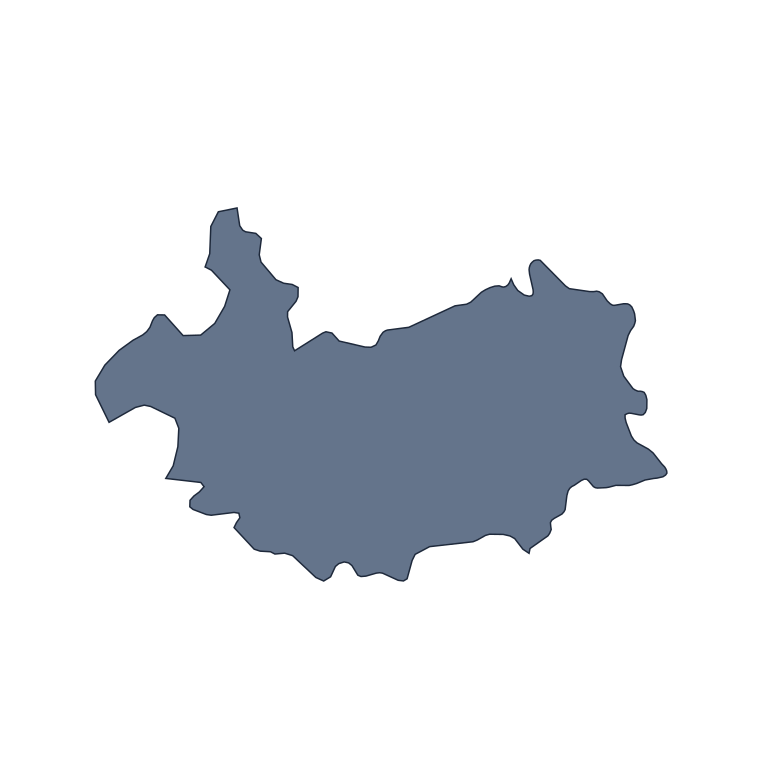 the border of Firenze, rotated 55°
{"feature_id": "ITA-5386", "entity_name": "Firenze", "entity_type": "Province", "adm_level": 1, "iso_a3": "ITA", "parent_name": "Italy", "parent_adm1": "", "projection": "mercator", "projection_center": [11.33, 43.844], "detail": "fine", "context": "isolated", "style": "filled", "palette": "slate", "viewbox_px": 768, "rotation_deg": 55, "n_neighbors": 0, "source": "natural_earth", "source_scale": "10m", "svg_char_len": 3026}
<svg xmlns="http://www.w3.org/2000/svg" viewBox="0 0 768 768"><g transform="rotate(55 384 384)"><path d="M185.5,463.4L185.4,463.2L177.3,452.0L155.6,435.5L147.9,420.9L155.5,403.4L171.6,411.4L176.9,411.5L179.9,410.1L187.1,402.6L194.5,401.0L206.6,412.1L213.6,414.8L236.6,412.7L243.9,408.4L249.8,402.1L255.7,399.0L263.2,404.4L265.8,408.6L269.5,421.5L273.8,424.6L289.1,429.9L301.2,437.4L305.5,438.2L307.1,405.1L307.9,401.6L312.4,397.4L323.1,396.1L342.9,378.3L346.5,373.5L347.4,368.2L345.4,363.9L342.7,359.8L341.1,355.1L341.2,352.3L341.8,350.2L351.8,331.1L360.7,281.0L366.0,270.6L366.7,266.0L364.7,251.6L365.0,246.8L365.9,241.8L367.4,237.1L369.6,233.4L372.2,231.5L373.3,230.3L374.0,228.2L373.9,225.7L373.1,223.5L370.7,219.5L377.1,220.8L384.1,220.8L391.6,218.1L395.4,214.7L396.4,212.3L395.8,210.4L394.3,209.0L392.3,207.8L377.4,201.7L373.6,199.6L372.0,198.2L370.8,196.7L369.7,194.8L369.2,192.7L369.0,190.4L369.7,188.4L370.8,186.5L372.3,185.1L407.7,179.1L412.2,177.5L426.3,162.5L428.5,159.4L429.2,158.1L429.9,156.6L431.9,154.8L435.4,153.4L443.9,153.5L448.1,152.7L450.7,151.5L451.9,149.8L455.7,141.7L456.9,140.0L458.2,138.4L460.2,137.3L463.0,136.8L467.4,137.6L470.3,138.5L476.3,141.7L478.0,143.6L479.9,146.3L481.7,151.4L484.3,156.2L500.3,175.4L505.5,180.3L515.2,183.1L519.3,183.0L530.6,182.7L533.0,181.7L535.6,180.1L536.8,178.3L538.3,176.8L540.1,175.7L543.4,176.0L547.6,177.6L554.8,182.8L557.2,186.3L557.8,189.3L556.9,191.2L555.5,192.8L549.9,198.2L548.4,200.0L547.7,202.1L547.5,204.2L550.1,206.0L554.4,207.7L568.5,211.2L573.2,211.4L577.4,210.5L588.9,204.8L594.9,203.1L607.6,202.4L608.9,202.3L612.9,201.7L615.0,201.8L617.4,202.3L619.3,203.4L620.1,205.6L620.0,208.7L617.7,214.3L616.1,217.2L612.4,225.2L610.4,234.1L609.0,238.3L607.7,241.4L600.0,252.2L597.5,259.0L596.3,261.5L591.6,268.9L590.1,270.4L588.2,271.3L580.5,272.0L578.3,272.6L576.8,274.6L576.2,277.8L576.1,286.2L575.7,289.0L576.0,291.7L577.2,294.5L580.3,298.2L590.8,307.7L591.9,309.9L592.6,312.8L591.7,321.6L591.8,324.8L593.0,327.2L596.5,329.2L599.1,330.5L601.3,333.9L602.4,336.8L602.5,358.7L605.9,362.3L599.0,365.0L585.6,365.6L580.7,368.0L575.6,372.6L567.6,383.7L566.2,387.8L565.3,397.1L564.3,401.5L543.4,439.9L541.4,456.2L544.7,462.2L556.8,476.8L556.5,481.0L552.9,485.0L538.1,493.7L536.1,495.8L534.5,498.8L531.0,509.0L528.5,513.3L525.6,515.1L514.3,514.4L510.2,515.6L506.9,518.7L505.2,524.1L505.6,528.5L511.3,538.3L510.8,546.4L503.4,550.8L472.2,557.3L465.6,562.4L460.7,570.9L456.3,573.2L449.9,581.3L444.8,585.1L415.6,589.2L412.9,584.3L410.9,578.8L406.6,577.0L403.2,580.5L392.4,600.8L389.0,604.4L377.2,612.4L373.2,613.5L368.0,609.6L366.7,603.9L366.5,597.1L364.9,590.3L359.6,590.5L336.2,616.9L330.1,603.6L317.1,588.8L302.6,577.5L292.1,574.9L268.6,588.0L263.8,592.5L260.6,601.1L257.7,631.2L227.3,626.4L216.0,618.8L208.4,601.8L204.5,581.6L204.2,564.5L205.4,553.5L205.0,548.3L203.3,543.2L199.4,537.3L197.9,534.1L197.4,529.9L201.6,524.1L229.1,520.8L238.8,506.1L237.3,487.9L229.0,470.0L218.5,456.2L191.8,460.1L185.5,463.4Z" fill="#64748b" stroke="#1e293b" stroke-width="1.5"/></g></svg>